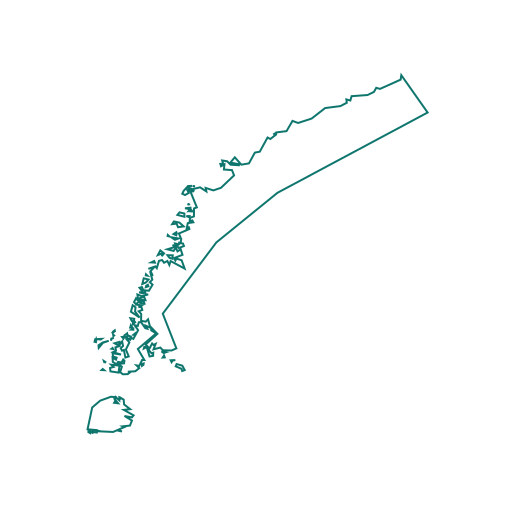 outline of South Choiseul, Choiseul, Solomon Islands, rotated 100°
{"feature_id": "97153195B92855886197372", "entity_name": "South Choiseul", "entity_type": "district", "adm_level": 2, "iso_a3": "SLB", "parent_name": "Solomon Islands", "parent_adm1": "Choiseul", "projection": "equal_earth", "projection_center": [157.415, -7.197], "detail": "fine", "context": "isolated", "style": "outline", "palette": "teal", "viewbox_px": 512, "rotation_deg": 100, "n_neighbors": 0, "source": "geoboundaries", "source_scale": "gbopen_adm2", "svg_char_len": 6193}
<svg xmlns="http://www.w3.org/2000/svg" viewBox="0 0 512 512"><g transform="rotate(100 256 256)"><path d="M84.9,111.9L52.7,144.3L57.2,144.2L69.9,162.9L69.5,166.8L73.9,168.3L78.1,174.1L82.0,189.6L86.5,190.1L86.1,194.2L89.3,193.2L93.7,198.9L98.3,213.6L111.0,225.1L117.7,237.7L116.6,243.5L127.7,247.6L130.8,257.5L132.9,257.3L138.3,262.2L137.3,265.2L152.6,270.4L154.4,275.1L166.0,279.0L168.6,286.3L162.5,294.0L168.5,297.5L168.5,288.6L169.6,288.6L170.5,296.9L167.7,300.9L167.8,305.9L171.2,304.2L172.7,305.4L171.0,304.9L171.5,307.1L173.7,306.0L171.2,303.0L176.4,302.6L175.6,294.6L180.4,291.6L194.9,302.3L198.8,309.4L197.7,317.4L201.0,316.1L198.1,323.0L201.3,330.4L203.1,328.0L201.8,330.5L204.6,331.3L218.4,322.7L219.9,325.3L227.8,324.0L229.8,327.6L233.4,327.4L232.0,325.0L233.7,323.6L235.5,328.9L240.4,329.0L239.3,327.2L241.0,326.3L247.2,335.8L252.4,332.6L255.9,332.5L256.3,334.9L256.4,330.1L258.7,328.7L261.5,333.4L259.8,335.7L258.0,334.1L257.7,337.9L259.7,336.9L259.8,340.1L260.8,336.7L264.8,344.5L265.3,338.0L261.6,336.4L265.1,334.1L262.5,331.3L267.6,328.6L272.1,336.0L273.1,328.5L280.8,324.1L275.8,339.2L279.9,339.8L276.3,342.4L278.6,345.4L276.3,347.8L277.6,350.7L285.2,351.6L283.7,353.3L287.3,359.8L284.9,354.4L289.2,357.2L293.4,354.2L292.0,356.5L297.3,354.0L300.2,356.0L302.2,352.9L308.8,355.4L309.2,361.0L306.4,363.0L307.5,365.2L311.2,361.2L312.1,364.8L312.4,360.7L310.5,358.9L313.0,358.2L312.6,355.5L315.4,361.5L314.5,366.1L318.5,364.9L315.7,359.1L318.7,357.2L319.3,362.9L320.8,361.9L319.6,358.9L322.2,357.6L322.3,362.2L318.5,366.8L322.6,368.1L324.1,366.1L323.0,364.7L324.7,365.4L324.4,359.9L326.8,362.8L326.1,360.0L328.9,358.6L330.8,361.9L333.0,359.0L339.8,357.9L339.8,353.2L337.1,351.3L343.4,348.4L349.8,339.6L362.3,349.3L365.5,344.8L360.2,343.1L361.4,341.5L360.0,339.6L365.7,340.7L362.8,334.3L365.0,331.4L363.7,322.7L360.8,318.4L329.0,337.8L249.5,297.4L190.0,245.8L84.9,111.9ZM456.0,380.8L454.1,366.2L447.4,356.0L446.9,357.7L444.9,350.7L439.6,349.6L436.4,357.7L436.5,350.2L434.2,348.9L430.5,359.4L428.7,353.3L425.1,360.1L420.4,361.4L419.1,364.8L421.0,364.8L418.9,365.6L418.8,366.1L421.9,365.5L419.4,369.6L420.4,369.5L421.6,370.1L425.0,366.2L425.2,370.2L423.0,369.4L421.1,370.7L419.4,369.9L419.8,374.4L425.5,384.3L433.6,391.0L455.9,391.8L455.1,382.3L455.2,381.9L456.0,380.8ZM395.6,366.6L394.6,361.8L392.2,359.6L392.2,362.1L390.5,354.9L386.7,351.5L384.5,354.6L384.5,351.9L378.2,350.1L377.8,347.9L368.1,356.2L349.6,340.9L347.4,346.3L345.2,346.7L343.8,352.3L346.5,350.4L346.3,352.5L341.1,357.7L341.6,359.9L345.4,360.3L345.2,363.6L349.5,359.2L358.9,362.4L358.3,364.5L360.4,365.3L359.9,367.5L360.6,368.8L363.1,365.7L370.7,367.9L377.0,363.9L378.7,367.0L371.5,369.8L372.5,371.5L370.3,373.2L367.7,371.3L363.4,373.0L365.9,374.3L364.2,375.4L366.5,380.1L367.7,376.9L366.2,375.3L368.3,374.6L370.4,378.6L373.6,377.4L375.5,380.1L376.5,371.8L376.7,380.3L379.8,379.3L380.3,375.6L382.4,375.9L381.0,379.6L385.2,378.6L386.9,374.4L384.2,373.5L384.2,369.9L381.0,368.8L381.9,367.4L384.6,367.3L386.3,373.0L388.3,368.9L394.0,369.6L395.6,366.6ZM394.9,379.3L394.7,371.1L387.7,371.4L388.2,379.7L390.0,377.0L391.6,380.3L394.9,379.3ZM336.8,360.0L331.6,365.5L327.5,365.7L325.9,368.9L332.6,369.5L336.8,360.0ZM208.3,336.5L205.6,333.2L203.0,335.1L203.7,332.9L203.3,331.3L201.0,334.5L198.7,333.7L198.0,331.0L198.9,335.1L204.5,338.6L207.5,339.4L208.3,336.5ZM373.4,343.4L372.2,340.0L369.1,340.4L370.0,341.9L365.7,347.3L373.4,343.4ZM382.1,308.7L380.7,306.4L376.8,309.5L376.2,315.4L378.6,315.9L380.0,309.8L382.1,308.7ZM241.2,337.8L239.4,332.4L236.4,337.2L236.2,342.8L239.2,344.1L237.9,339.8L241.2,337.8ZM229.8,333.3L226.6,333.9L226.3,338.9L229.2,340.5L229.8,333.3ZM303.3,363.1L301.2,359.8L297.8,357.7L297.5,362.7L303.3,363.1ZM272.5,348.7L269.4,347.0L267.1,351.2L272.1,352.8L269.6,348.7L272.5,348.7ZM273.2,337.9L269.8,338.1L270.6,343.3L272.8,340.9L273.2,337.9ZM373.8,394.9L368.0,391.6L365.1,386.3L367.7,391.8L371.3,395.6L373.8,394.9ZM339.1,368.9L341.5,367.1L341.4,364.9L339.0,365.0L339.1,368.9ZM252.2,342.9L254.1,338.7L252.2,335.3L252.2,342.9ZM359.0,370.7L357.5,368.6L354.6,369.5L357.1,371.8L359.0,370.7ZM368.5,400.1L368.7,397.6L368.5,399.2L365.8,398.9L366.4,398.6L365.4,397.5L365.2,394.4L364.4,393.6L365.9,399.9L368.5,400.1ZM222.2,328.3L219.8,328.9L221.3,334.2L221.4,330.0L222.2,328.3ZM360.1,366.4L357.3,365.1L356.4,367.9L359.2,368.9L360.1,366.4ZM249.4,338.1L247.4,338.0L246.4,338.6L248.7,341.0L249.4,338.1ZM375.2,320.7L373.4,319.9L372.5,317.4L373.5,321.9L375.2,320.7ZM348.4,367.5L348.2,365.1L345.9,367.2L348.4,367.5ZM372.2,330.2L371.7,328.3L370.0,329.3L372.2,330.2ZM228.8,331.5L229.5,328.3L228.2,328.3L228.8,331.5ZM280.5,358.0L280.1,354.4L278.6,355.4L280.5,358.0ZM344.4,365.4L342.2,363.5L341.5,364.3L341.6,366.1L344.4,365.4ZM457.3,385.4L457.7,385.1L457.4,381.1L457.3,385.4ZM367.6,330.1L366.5,328.1L366.4,332.5L367.6,330.1ZM384.0,349.2L382.7,347.9L381.3,348.0L382.2,349.8L384.0,349.2ZM459.3,388.4L457.6,388.2L456.6,390.6L458.5,390.5L459.3,388.4ZM366.6,350.4L365.0,348.3L364.6,348.7L364.8,350.2L366.6,350.4ZM305.8,359.1L304.5,356.7L303.1,357.5L304.4,359.0L305.8,359.1ZM294.2,361.2L294.2,359.5L293.1,361.2L294.2,361.2ZM251.7,346.5L251.8,344.6L250.6,346.5L251.7,346.5ZM133.4,260.1L132.2,258.2L132.0,258.5L133.4,260.1ZM357.2,384.5L354.6,381.9L353.7,382.2L354.8,383.3L357.2,384.5ZM457.7,387.6L459.0,385.5L457.6,386.3L457.7,387.6ZM354.9,363.0L354.9,361.5L353.4,361.7L354.9,363.0ZM364.6,384.1L362.5,383.9L361.3,381.7L362.5,384.2L364.6,384.1ZM360.2,372.4L358.6,372.4L359.0,373.8L360.2,372.4ZM202.2,330.9L200.9,331.5L200.5,334.1L201.1,332.4L202.2,330.9ZM452.0,359.8L452.1,357.5L451.7,359.4L452.0,359.8ZM395.1,388.2L394.8,385.7L393.9,387.3L395.1,388.2ZM372.4,382.1L372.4,380.6L371.5,381.3L372.4,382.1ZM359.6,382.6L358.9,381.9L358.1,383.1L359.6,382.6ZM217.3,332.4L216.8,331.0L216.5,331.3L217.3,332.4ZM385.8,387.6L386.9,387.0L386.1,387.0L386.9,386.9L386.8,385.2L385.8,387.6ZM273.7,335.3L274.5,334.6L273.0,334.1L273.7,335.3ZM350.1,365.6L349.9,364.0L349.0,364.2L350.1,365.6ZM455.6,383.6L455.8,381.9L455.6,381.6L455.6,383.6ZM223.4,328.8L223.3,326.8L222.8,326.7L222.2,327.4L223.4,328.8ZM198.0,330.4L198.2,329.2L197.9,328.2L198.0,330.4ZM222.9,329.9L223.5,330.2L223.1,329.1L222.9,329.9Z" fill="none" stroke="#0f766e" stroke-width="2"/></g></svg>